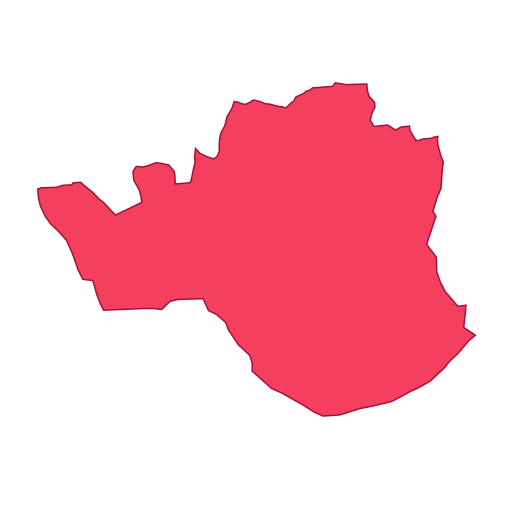 outline of Turkmenbasy, Balkan, Turkmenistan, rotated 175°
{"feature_id": "10190150B25855408224134", "entity_name": "Turkmenbasy", "entity_type": "district", "adm_level": 2, "iso_a3": "TKM", "parent_name": "Turkmenistan", "parent_adm1": "Balkan", "projection": "albers", "projection_center": [54.807, 40.968], "detail": "fine", "context": "isolated", "style": "filled", "palette": "rose", "viewbox_px": 512, "rotation_deg": 175, "n_neighbors": 0, "source": "geoboundaries", "source_scale": "gbopen_adm2", "svg_char_len": 3319}
<svg xmlns="http://www.w3.org/2000/svg" viewBox="0 0 512 512"><g transform="rotate(175 256 256)"><path d="M64.3,359.2L64.3,359.3L68.5,358.9L71.2,358.0L71.3,358.0L79.2,358.0L79.4,358.0L80.5,357.9L80.8,357.8L82.4,357.2L83.7,356.9L84.8,357.0L85.4,357.0L86.5,357.1L86.1,357.4L86.9,357.9L88.3,360.7L89.9,364.0L91.5,367.2L91.5,367.3L91.7,368.4L91.7,370.3L91.7,370.5L91.7,372.0L100.5,371.8L106.1,369.3L113.4,375.0L127.2,374.8L130.3,381.3L127.9,388.6L124.6,393.7L124.5,398.7L129.5,405.3L130.7,411.7L130.6,417.7L134.3,417.9L146.3,418.6L151.1,418.8L153.0,419.3L162.1,421.6L164.8,418.5L165.0,418.3L169.3,418.3L173.4,418.4L177.8,418.4L182.4,418.5L185.1,418.5L187.5,416.7L190.7,416.0L191.6,415.9L192.7,415.0L194.0,413.8L194.9,413.6L197.3,412.8L202.5,410.9L203.4,409.4L204.7,407.3L204.9,407.2L207.6,405.5L208.8,404.5L210.2,403.4L211.0,402.8L213.7,400.9L213.8,400.9L217.5,402.6L218.7,402.5L219.4,402.7L222.7,403.9L222.8,403.9L225.4,404.7L226.6,405.2L228.4,405.9L229.3,406.1L232.9,406.8L233.6,406.9L233.7,407.0L236.9,408.7L239.1,409.6L242.2,410.8L243.8,411.4L246.2,411.3L247.1,410.5L247.9,409.8L248.3,409.7L250.8,408.9L253.7,407.9L253.9,408.0L256.0,408.7L257.7,409.2L258.1,409.5L260.2,410.8L264.1,411.6L264.3,411.7L266.8,406.0L267.1,405.3L267.3,404.9L272.7,397.3L275.2,389.9L275.7,388.4L275.9,388.2L278.6,384.1L280.6,380.7L281.9,376.2L282.9,370.3L283.4,363.6L284.3,361.9L286.0,358.9L286.2,358.5L287.0,358.0L289.9,356.4L293.6,358.1L296.8,359.5L298.9,360.8L302.0,362.6L302.8,363.1L303.7,364.3L305.2,366.1L306.9,368.3L307.8,363.4L308.6,359.5L308.5,357.0L308.5,354.9L308.5,354.6L309.2,352.7L311.1,346.9L312.9,340.7L313.1,339.8L313.5,338.8L315.0,334.7L330.3,334.8L330.1,336.8L330.0,338.6L329.9,341.9L329.8,344.1L330.2,347.5L332.5,350.8L334.8,354.2L340.3,355.9L347.1,357.7L351.2,356.7L355.9,355.3L358.0,355.0L360.4,354.6L361.3,354.5L367.5,355.7L371.0,351.2L371.3,347.6L371.2,345.5L371.1,342.3L371.1,342.0L369.8,339.2L369.1,337.5L368.2,335.6L367.3,333.4L366.8,332.3L366.4,331.3L366.2,330.2L366.2,329.7L366.0,328.8L365.8,327.6L365.4,325.7L365.3,324.3L365.2,321.8L365.1,319.4L384.1,312.2L392.4,309.1L392.6,309.2L403.3,322.7L406.8,325.9L407.3,326.4L409.4,329.0L412.7,333.2L415.1,335.5L418.3,338.6L419.2,339.4L420.5,340.7L422.2,342.5L424.4,344.8L424.5,344.8L431.7,344.8L431.9,344.8L433.1,342.9L442.2,343.3L448.0,342.0L448.2,341.9L448.7,341.8L451.0,341.9L463.7,342.7L465.4,342.3L467.4,341.8L467.6,341.7L467.6,341.4L467.6,334.5L467.6,331.8L467.5,331.4L466.4,324.5L462.4,313.7L457.7,305.8L450.6,297.8L447.7,293.9L443.3,287.9L439.7,277.4L438.5,273.8L437.2,268.7L434.4,257.6L433.0,254.1L430.5,247.8L430.2,247.8L420.7,245.8L420.6,245.7L419.6,240.2L418.2,232.4L415.4,222.6L412.5,215.3L371.1,213.4L360.9,212.3L354.6,210.9L345.7,218.3L337.4,219.5L312.4,218.1L308.1,205.8L300.4,201.2L292.0,192.4L290.0,185.1L281.3,169.1L270.8,157.4L269.1,149.2L269.9,141.7L252.1,122.7L242.5,117.4L221.4,102.9L211.5,95.3L203.1,90.7L186.4,90.4L166.2,94.9L154.0,96.2L134.4,99.1L131.6,100.0L120.6,104.7L114.6,107.4L105.9,110.5L93.2,116.3L77.8,128.4L72.2,134.4L63.1,141.5L51.3,153.1L44.4,158.0L55.3,166.7L51.9,183.7L51.2,188.7L59.2,188.2L70.8,204.3L74.8,214.5L77.3,224.6L76.4,239.0L85.0,252.7L73.2,280.1L75.9,284.8L70.6,298.2L65.8,307.3L62.8,326.4L61.2,333.2L63.1,339.8L65.0,349.9L65.1,353.6L65.1,356.8L64.3,359.2Z" fill="#f43f5e" stroke="#9f1239" stroke-width="1.5"/></g></svg>